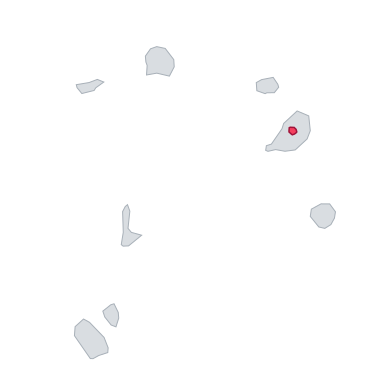 location of São Salvador do Mundo within Cabo Verde, rotated 261°
{"feature_id": "CPV-5049", "entity_name": "São Salvador do Mundo", "entity_type": "state/province", "adm_level": 1, "iso_a3": "CPV", "parent_name": "Cabo Verde", "parent_adm1": "", "projection": "mercator", "projection_center": [-23.611, 15.073], "detail": "fine", "context": "in_parent", "style": "filled", "palette": "rose", "viewbox_px": 384, "rotation_deg": 261, "n_neighbors": 0, "source": "natural_earth", "source_scale": "10m", "svg_char_len": 1422}
<svg xmlns="http://www.w3.org/2000/svg" viewBox="0 0 384 384"><g transform="rotate(261 192 192)"><path d="M255.6,308.5L248.9,319.2L234.0,318.4L226.4,314.0L217.4,300.5L217.7,290.2L220.8,281.2L220.3,273.4L221.6,271.3L226.1,272.7L226.9,277.9L240.4,290.8L245.4,293.3L255.6,308.5ZM62.1,82.4L51.2,84.8L46.6,83.7L45.1,74.3L42.9,68.2L43.4,65.5L68.5,53.4L77.3,55.5L83.5,65.0L79.3,70.4L62.1,82.4ZM314.7,165.4L324.0,167.5L327.6,166.8L333.5,167.2L339.9,173.4L341.1,179.9L338.0,188.0L325.6,194.7L318.4,194.0L310.0,187.8L314.9,175.8L314.7,165.4ZM158.7,326.1L150.0,330.6L143.9,328.6L138.1,324.1L135.3,317.5L137.6,311.8L149.4,305.0L156.4,307.2L160.1,317.6L158.7,326.1ZM183.5,120.4L188.1,123.8L189.6,126.3L182.8,127.6L166.1,123.1L161.6,125.8L157.2,135.5L148.7,120.9L149.3,115.5L151.1,113.9L162.9,117.8L183.5,120.4ZM285.0,293.6L281.9,294.0L277.2,288.8L278.3,281.5L277.7,279.6L281.9,271.9L290.0,272.6L292.1,278.3L292.5,290.1L285.0,293.6ZM93.8,97.5L84.6,100.3L78.9,99.9L70.7,95.8L73.3,91.3L82.2,86.3L88.3,85.3L93.3,94.1L93.8,97.5ZM318.0,116.1L314.4,122.1L310.0,113.3L307.6,111.2L306.5,98.6L313.0,94.8L316.1,94.5L316.2,107.5L318.0,116.1Z" fill="#d9dde1" stroke="#a8b0b8" stroke-width="1"/><path d="M236.1,297.2L237.4,297.4L240.3,298.1L240.6,299.2L240.4,300.0L240.2,300.9L239.8,303.0L237.6,304.6L236.8,304.7L234.9,304.9L234.0,303.8L233.2,302.2L232.8,300.0L233.5,299.3L236.1,297.2Z" fill="#f43f5e" stroke="#9f1239" stroke-width="1.5"/></g></svg>